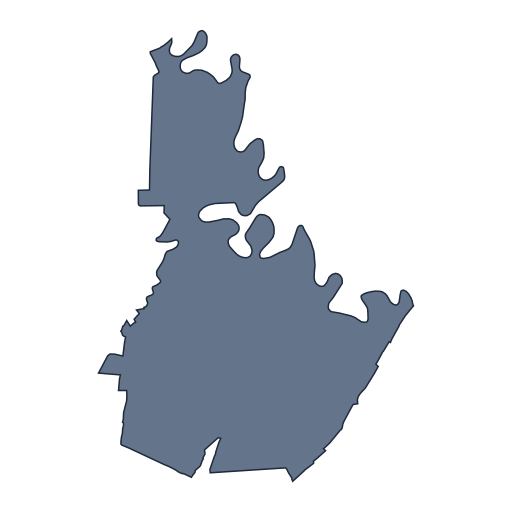 outline of Victoria, Iasi, Romania
{"feature_id": "2599482B79977149593051", "entity_name": "Victoria", "entity_type": "district", "adm_level": 2, "iso_a3": "ROU", "parent_name": "Romania", "parent_adm1": "Iasi", "projection": "mercator", "projection_center": [27.595, 47.318], "detail": "fine", "context": "isolated", "style": "filled", "palette": "slate", "viewbox_px": 512, "rotation_deg": 0, "n_neighbors": 0, "source": "geoboundaries", "source_scale": "gbopen_adm2", "svg_char_len": 6036}
<svg xmlns="http://www.w3.org/2000/svg" viewBox="0 0 512 512"><path d="M292.7,481.3L304.4,470.6L304.3,470.4L313.6,463.3L313.5,461.1L315.7,459.5L325.6,450.7L323.5,448.8L329.6,443.1L340.4,430.0L341.0,429.8L342.0,428.5L342.7,425.4L342.7,424.4L344.1,421.0L352.2,406.0L353.3,404.4L357.7,403.8L357.4,399.8L357.8,397.9L358.4,396.3L360.5,393.2L365.2,388.2L374.2,373.7L378.2,366.5L375.9,364.2L378.6,359.6L382.6,352.0L383.3,351.4L389.1,341.8L390.4,342.5L391.9,338.9L398.9,326.3L399.2,325.1L405.3,315.8L412.6,306.8L413.5,306.0L412.5,303.1L412.2,300.9L411.0,298.0L408.6,293.9L406.2,291.4L403.8,290.2L402.6,290.2L401.6,290.6L401.0,291.2L400.2,294.5L399.3,301.0L398.9,302.5L397.8,304.2L396.6,305.0L394.9,304.9L393.6,304.4L391.2,302.6L390.4,301.8L387.0,295.7L385.3,293.8L382.2,291.8L379.8,291.3L375.3,291.1L371.8,291.6L367.3,292.6L364.2,293.7L361.7,295.3L361.3,295.8L361.1,296.5L361.5,298.6L362.9,301.1L365.4,304.6L367.0,307.2L367.6,308.9L367.9,312.6L368.1,319.0L367.5,321.1L366.9,321.8L366.1,322.2L363.6,322.2L361.0,321.6L355.1,317.6L351.0,315.9L339.2,313.0L331.9,311.8L330.8,311.3L329.9,310.6L328.5,308.7L328.2,307.0L328.6,303.9L329.3,302.4L333.3,297.4L342.0,283.7L342.3,282.5L342.1,279.5L341.9,278.3L340.2,275.5L338.1,274.0L335.5,273.4L332.0,274.5L329.1,277.2L327.3,281.5L326.4,283.0L324.4,285.5L323.5,286.1L321.4,286.4L320.2,286.1L318.6,285.5L316.1,283.5L314.6,280.6L314.1,277.2L314.3,272.7L315.0,265.4L314.1,253.7L313.7,251.1L310.9,242.1L309.6,239.2L304.6,230.5L302.9,226.7L302.3,225.9L301.2,225.4L299.4,225.7L298.0,227.1L297.3,228.6L292.1,244.2L290.3,247.3L288.4,248.9L285.5,250.3L279.7,252.5L270.5,257.1L268.9,257.6L263.5,258.5L260.8,257.9L260.1,257.0L259.5,254.5L260.5,251.7L263.2,248.2L269.0,242.4L271.2,239.6L272.9,237.2L274.0,233.7L274.1,229.7L273.8,226.4L272.5,222.6L270.8,219.6L268.8,217.2L266.2,215.7L264.3,214.9L260.6,214.5L259.1,214.8L257.4,215.9L255.9,217.6L249.7,227.8L245.8,233.5L245.3,235.3L245.5,238.2L246.4,240.3L250.8,246.1L252.0,250.1L252.0,251.3L251.8,252.9L251.3,254.1L250.3,255.9L248.2,257.3L245.9,257.8L242.5,257.3L239.6,256.2L237.1,254.6L234.1,251.6L229.6,246.5L228.8,244.8L228.3,243.3L228.2,242.0L228.2,240.6L228.7,239.3L229.7,238.0L231.0,236.8L235.4,234.5L236.9,233.3L238.2,231.6L238.9,230.0L239.1,228.4L239.0,226.9L238.5,225.4L236.6,222.7L232.9,219.9L229.3,218.8L223.4,218.9L217.9,220.3L208.7,222.1L205.1,222.0L203.3,221.5L201.6,220.7L199.2,217.9L198.7,216.7L198.5,215.3L199.1,212.6L199.8,211.3L203.0,208.0L206.1,206.1L209.0,204.9L214.9,203.5L233.9,202.6L234.7,202.8L235.7,203.7L237.2,207.1L238.6,211.5L240.8,214.2L242.1,215.1L244.4,215.7L247.0,215.6L250.0,214.0L251.0,212.8L255.4,205.4L258.6,201.7L282.3,181.7L283.7,180.2L284.4,178.8L284.7,177.1L284.5,173.7L283.7,168.8L283.3,167.5L282.4,166.9L281.3,166.7L280.2,166.8L279.1,167.9L275.8,174.3L274.1,176.2L271.4,178.4L268.6,179.7L266.4,180.2L264.7,180.1L262.8,179.6L261.2,178.5L259.8,177.1L258.7,174.9L258.2,172.4L258.3,169.6L258.8,167.5L261.5,162.8L262.7,160.4L263.7,157.9L264.1,153.2L263.4,144.7L262.7,141.2L262.2,140.3L260.1,138.8L257.7,138.7L256.6,139.0L254.5,140.2L249.9,143.8L245.0,150.1L243.7,151.2L242.3,151.8L240.9,152.0L238.0,151.5L237.0,150.9L234.8,148.0L233.9,144.7L233.9,141.5L234.9,137.9L238.4,130.7L241.0,122.6L242.5,117.1L244.4,103.6L245.1,99.7L245.2,93.0L245.8,87.6L248.0,81.2L250.1,77.2L250.1,76.1L249.8,75.0L248.7,74.2L242.7,71.9L241.1,70.9L240.2,69.7L239.5,68.1L239.4,66.1L239.9,60.3L239.9,58.5L239.5,56.9L238.8,55.7L237.9,54.9L236.8,54.4L235.5,54.3L233.9,54.7L232.5,55.6L231.2,57.1L230.6,58.9L230.5,60.4L232.0,68.6L232.2,71.0L231.9,72.8L230.6,76.0L229.4,77.6L226.2,80.4L220.9,83.3L218.8,83.3L217.9,82.9L213.4,76.9L210.9,74.8L207.4,72.4L201.7,70.2L196.7,69.9L194.0,70.3L189.0,73.2L185.8,73.3L182.4,71.8L180.7,69.4L180.3,67.9L180.2,66.2L180.4,63.9L181.2,61.7L182.7,60.2L186.8,57.9L193.1,55.6L198.6,53.0L201.8,50.8L204.4,48.2L205.6,46.6L206.5,44.3L206.9,41.4L207.0,37.9L206.9,36.1L205.6,33.3L203.7,31.3L202.7,30.8L201.5,30.7L200.1,31.1L198.6,32.0L197.8,33.2L193.9,42.4L191.9,45.7L183.8,54.0L181.8,55.4L180.0,56.2L177.8,56.5L174.3,56.2L171.3,54.8L170.2,53.6L169.6,52.3L169.4,50.9L169.4,49.3L169.7,47.9L171.6,43.3L171.8,41.8L171.6,38.7L168.5,41.7L163.7,45.6L161.5,46.7L159.8,48.1L150.2,51.8L150.3,53.4L155.4,63.1L156.4,66.0L158.8,70.9L158.9,72.3L158.1,73.2L154.6,75.3L153.3,76.9L149.8,170.7L149.5,190.0L138.3,190.3L138.4,204.1L139.0,205.3L140.3,205.9L164.2,205.6L164.0,212.9L169.9,219.3L163.7,231.0L161.9,233.9L160.0,236.3L157.0,238.0L156.4,238.6L156.1,240.1L156.7,241.0L158.6,241.7L167.0,242.0L170.6,241.5L176.0,239.9L176.7,240.1L177.9,240.9L178.3,241.5L178.5,242.9L178.2,244.2L177.3,246.1L176.1,247.3L173.1,249.2L167.3,251.3L166.6,251.9L165.3,254.1L164.0,258.5L162.7,261.6L157.3,270.1L156.7,271.7L156.6,272.5L156.9,275.7L160.1,280.1L160.5,280.9L160.6,281.6L160.4,282.2L158.8,283.6L156.3,285.3L153.0,286.6L152.4,287.4L152.3,288.9L153.4,292.1L153.3,293.2L153.1,293.8L152.2,294.7L147.7,296.6L146.8,297.4L146.4,298.8L146.8,300.6L147.7,303.0L147.6,303.6L146.7,305.7L145.6,306.8L143.9,307.4L144.1,308.6L136.5,310.0L139.3,313.5L134.1,319.2L135.6,322.2L134.0,323.0L130.3,326.1L126.7,320.5L124.4,324.8L123.7,325.7L122.7,326.3L122.0,329.1L120.8,331.4L121.4,331.7L121.9,332.6L122.4,334.8L122.6,335.2L123.5,336.0L125.6,337.0L124.5,342.8L122.9,356.0L114.5,354.1L110.1,354.0L107.8,355.6L98.5,373.1L120.4,374.9L119.5,379.0L118.5,390.5L126.6,390.5L126.9,394.6L126.7,400.2L126.4,401.8L123.6,412.5L123.3,419.4L122.6,422.1L122.9,422.1L123.4,422.8L123.5,425.8L122.7,428.3L122.4,433.2L121.4,437.3L120.9,441.9L121.0,444.3L121.8,445.1L128.8,448.0L164.7,464.8L168.5,466.3L174.7,469.4L179.3,472.5L182.9,473.8L183.3,473.5L191.4,477.3L191.7,476.6L192.5,475.8L193.2,474.3L193.7,474.1L195.2,471.9L195.0,471.0L195.7,470.0L199.8,466.5L200.7,465.1L200.8,464.3L201.3,463.6L201.5,462.4L203.3,458.6L203.1,457.4L204.8,454.5L205.0,452.3L204.5,451.3L204.6,449.8L218.2,437.7L220.7,438.4L218.9,442.4L215.8,451.9L215.4,454.4L214.5,456.0L209.9,469.5L210.2,472.8L285.1,467.9L286.3,468.4L288.8,473.3L291.9,478.2L291.9,479.5L292.7,481.3Z" fill="#64748b" stroke="#1e293b" stroke-width="1.5"/></svg>